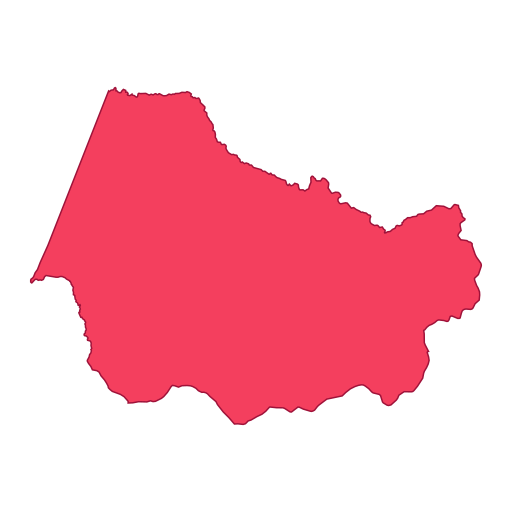 Corinto, Cauca, Colombia (Robinson projection)
{"feature_id": "7082276B3788770543565", "entity_name": "Corinto", "entity_type": "district", "adm_level": 2, "iso_a3": "COL", "parent_name": "Colombia", "parent_adm1": "Cauca", "projection": "robinson", "projection_center": [-76.211, 3.145], "detail": "fine", "context": "isolated", "style": "filled", "palette": "rose", "viewbox_px": 512, "rotation_deg": 0, "n_neighbors": 0, "source": "geoboundaries", "source_scale": "gbopen_adm2", "svg_char_len": 5974}
<svg xmlns="http://www.w3.org/2000/svg" viewBox="0 0 512 512"><path d="M128.1,403.0L132.8,402.8L138.5,401.7L146.9,401.9L150.5,400.8L153.0,401.6L155.5,401.3L161.4,398.4L163.7,396.6L167.3,392.5L171.1,386.6L172.4,385.4L174.9,385.8L178.5,387.1L182.0,385.7L187.1,385.5L190.5,385.8L192.7,386.5L196.0,388.3L198.4,390.7L200.2,391.6L201.8,392.3L203.8,392.2L205.9,392.8L207.5,393.8L209.9,396.4L216.0,401.6L217.5,404.6L223.3,412.0L228.8,417.5L234.4,424.0L237.7,423.8L243.2,424.4L245.5,423.7L248.2,420.9L250.9,420.1L256.9,416.6L262.0,414.2L265.8,411.2L269.2,407.4L269.9,407.0L276.5,407.7L283.0,407.8L284.6,408.4L289.9,411.8L290.8,412.0L291.5,412.0L297.9,407.1L299.3,407.2L303.3,409.1L310.3,411.2L311.6,411.4L313.2,410.9L314.6,410.1L317.5,406.4L319.0,405.0L326.8,399.1L342.2,395.9L345.7,392.5L350.4,388.8L355.0,386.5L358.6,385.3L361.6,384.8L363.4,385.0L365.4,386.1L368.8,388.7L371.7,391.9L373.1,392.9L379.2,394.4L380.5,395.5L382.5,401.9L383.3,402.9L387.1,405.2L388.7,405.5L391.0,404.9L396.3,400.1L397.6,398.3L398.9,395.2L404.1,391.7L411.6,391.8L412.8,391.5L414.0,390.5L417.5,386.2L422.7,378.2L423.7,373.0L424.5,371.0L426.5,367.7L428.2,364.0L429.1,360.4L428.6,357.0L427.2,352.4L427.6,351.5L428.5,351.4L425.2,345.0L424.3,342.7L424.2,333.9L423.7,330.4L424.8,329.8L426.8,327.3L429.1,325.4L431.8,324.3L434.7,322.6L437.1,320.5L438.7,319.9L443.9,320.5L446.7,321.4L447.9,321.3L448.9,320.1L450.2,316.5L451.1,316.1L452.2,316.1L457.7,318.4L459.3,318.4L460.1,318.0L461.4,313.1L462.1,311.1L463.0,310.1L464.1,309.4L465.9,309.0L470.6,309.4L472.0,309.0L473.0,308.0L475.1,303.7L479.2,300.1L479.7,295.0L479.5,291.8L478.1,288.1L476.7,285.7L474.6,280.1L474.5,278.3L478.0,275.0L478.6,274.0L480.9,267.2L481.3,265.7L481.2,264.4L480.8,263.2L476.4,257.0L475.1,254.4L472.2,245.9L472.1,243.6L470.5,242.2L468.6,241.8L466.9,240.6L460.8,239.8L458.2,236.3L457.9,235.3L458.6,233.6L461.1,230.5L460.1,225.6L460.1,223.7L460.9,222.7L464.8,219.9L465.0,218.9L463.1,217.5L462.1,216.1L461.9,213.9L460.5,212.2L460.6,210.8L458.8,207.8L458.4,205.4L454.9,204.5L454.1,204.8L450.9,208.5L450.0,208.7L448.8,208.7L443.8,206.3L436.3,205.7L431.5,210.1L426.7,211.2L423.6,213.8L419.2,214.1L417.9,214.5L416.5,216.3L412.7,216.7L410.2,217.7L407.6,217.7L405.5,219.5L404.0,220.3L403.2,222.0L402.1,222.7L402.1,224.4L401.6,225.0L399.3,225.9L397.2,225.4L396.2,225.9L395.0,228.3L392.5,229.4L390.3,231.4L387.3,231.9L385.9,232.8L384.7,232.9L384.5,232.5L385.2,230.9L385.0,230.1L383.7,229.2L382.3,227.0L379.6,227.5L378.0,225.6L377.1,225.2L374.4,225.5L371.4,223.8L370.6,223.0L369.9,221.4L370.0,218.5L370.7,216.7L370.0,215.2L368.4,215.0L366.2,213.1L363.5,212.6L362.8,212.1L361.1,212.3L359.8,211.2L356.2,209.5L353.7,207.6L351.3,208.1L347.3,203.1L345.6,202.8L340.8,203.8L339.5,203.3L338.1,201.2L337.9,199.5L338.6,197.9L340.1,197.1L340.7,196.2L340.6,195.0L339.0,192.9L338.1,192.4L335.4,192.2L332.4,193.3L331.5,193.1L328.1,188.0L328.7,184.2L328.5,182.7L326.2,179.9L324.6,178.6L323.1,178.2L322.4,178.3L320.6,180.9L316.8,180.9L315.8,180.1L315.2,178.6L314.2,178.0L313.3,176.7L312.4,176.2L311.7,176.4L310.8,177.7L311.0,182.2L309.5,185.8L308.7,188.9L307.0,189.5L304.9,191.0L303.1,189.8L300.0,189.9L299.4,189.5L298.6,187.4L298.3,184.9L297.5,184.1L294.7,183.3L293.3,184.8L291.6,185.7L290.8,185.7L289.3,184.1L288.4,185.4L287.7,185.4L286.6,184.1L285.8,181.2L285.2,180.4L281.1,179.3L279.8,178.5L277.0,177.6L275.6,176.5L274.4,175.1L272.1,174.9L270.9,173.3L270.3,173.3L269.6,174.2L269.1,174.3L264.9,171.3L262.8,171.3L261.1,169.6L253.5,167.5L251.5,165.1L249.3,165.0L248.6,163.8L246.2,163.0L244.4,163.6L242.3,162.0L241.5,162.5L241.0,162.4L240.2,161.5L239.9,159.5L237.5,157.3L237.0,155.5L236.2,155.1L234.5,155.0L233.6,154.4L231.5,154.6L228.4,152.7L226.7,150.1L225.9,148.3L226.2,146.2L225.7,145.2L224.4,144.3L221.8,144.6L221.2,144.1L220.4,142.3L218.2,142.2L217.3,141.7L216.5,139.2L215.3,137.4L215.4,134.4L214.9,132.0L214.0,130.8L213.1,130.6L212.8,129.9L213.3,128.0L212.9,124.6L212.0,123.6L211.2,122.0L209.6,120.4L208.8,118.6L207.6,117.1L206.8,115.2L206.8,113.0L204.1,110.7L204.1,110.1L204.9,108.2L204.8,106.8L200.4,102.6L200.1,100.4L198.9,98.3L198.4,98.0L197.2,98.4L195.8,98.4L194.9,97.5L193.1,97.8L192.2,96.6L191.1,96.5L190.8,95.7L191.3,94.0L189.4,92.5L187.0,91.7L185.5,92.5L181.9,92.3L179.2,93.4L175.4,93.5L174.3,94.3L173.0,94.0L171.3,94.7L169.0,94.1L166.5,95.6L164.5,95.8L163.1,95.7L159.4,93.7L158.9,93.8L158.0,94.6L157.1,94.6L156.0,93.8L155.2,93.7L153.1,94.9L151.1,94.2L149.2,95.1L145.8,93.4L140.6,93.6L138.8,93.3L138.1,93.9L137.7,96.0L137.2,96.9L136.3,97.1L134.3,95.6L132.3,95.1L132.0,94.1L129.9,95.6L127.6,95.2L127.4,94.7L128.1,93.8L127.6,92.7L126.9,92.1L125.7,92.2L125.7,90.4L123.4,89.4L122.0,90.8L120.9,92.6L119.4,92.7L117.8,91.9L116.9,90.8L116.0,90.8L115.9,88.2L115.2,87.6L114.4,88.1L113.5,89.8L111.0,90.2L109.2,91.6L108.6,91.0L47.9,245.4L40.2,262.5L37.5,269.5L35.2,272.7L33.6,276.7L32.6,278.0L31.1,279.1L30.7,280.0L30.7,282.0L31.5,282.9L32.0,282.8L34.9,279.6L35.5,279.3L37.0,279.3L38.2,280.3L40.3,279.9L41.5,280.3L42.7,279.8L43.4,279.4L44.6,276.7L46.0,275.5L56.1,277.2L58.0,277.2L60.1,276.5L62.1,276.5L65.2,277.8L66.4,279.0L69.7,280.8L69.8,281.4L70.4,281.7L71.2,283.5L71.2,284.2L71.8,284.7L72.0,285.5L73.4,287.3L72.9,290.2L73.5,292.3L73.4,294.7L74.7,295.4L75.2,299.1L76.2,300.3L75.9,301.7L77.6,303.0L78.2,305.3L78.9,305.4L80.0,304.7L80.2,305.0L80.3,305.6L79.4,307.1L80.2,308.3L80.3,309.2L79.7,310.1L79.8,312.1L78.9,312.4L79.0,313.3L80.8,317.3L81.9,317.3L82.6,318.7L84.4,319.9L84.6,320.9L85.4,321.5L85.6,322.8L84.9,324.0L85.4,324.8L85.5,327.3L86.1,328.5L86.2,330.0L85.4,331.1L85.3,332.9L84.2,334.0L84.1,335.0L84.7,335.7L86.3,336.0L87.9,337.6L88.0,338.2L87.4,339.2L87.6,340.3L90.0,340.9L90.7,341.7L91.2,343.1L91.0,345.5L91.7,348.5L90.9,349.6L91.4,350.6L90.9,352.9L89.6,354.6L89.1,357.0L87.3,360.3L87.4,361.4L88.6,363.5L90.9,366.5L92.4,369.8L96.9,370.7L99.1,372.1L101.0,375.8L104.5,379.9L106.3,382.7L108.0,385.8L108.4,387.8L110.0,389.5L112.3,391.4L120.5,394.4L124.1,396.7L127.9,401.0L128.2,401.7L128.1,403.0Z" fill="#f43f5e" stroke="#9f1239" stroke-width="1.5"/></svg>